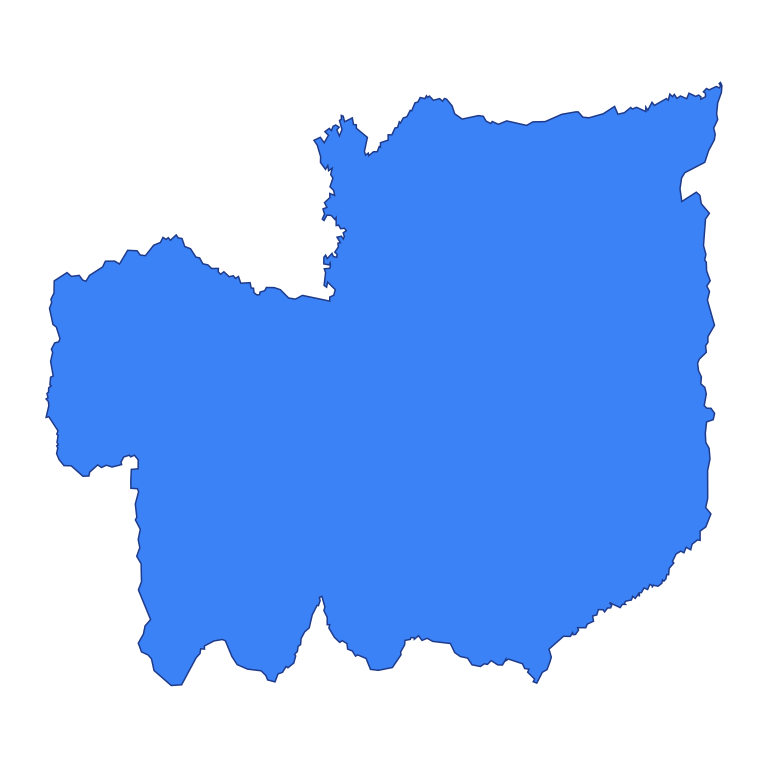 Si Thep, Phetchabun, Thailand
{"feature_id": "78962969B52356787217870", "entity_name": "Si Thep", "entity_type": "district", "adm_level": 2, "iso_a3": "THA", "parent_name": "Thailand", "parent_adm1": "Phetchabun", "projection": "equal_earth", "projection_center": [101.094, 15.447], "detail": "fine", "context": "isolated", "style": "filled", "palette": "blue", "viewbox_px": 768, "rotation_deg": 0, "n_neighbors": 0, "source": "geoboundaries", "source_scale": "gbopen_adm2", "svg_char_len": 6041}
<svg xmlns="http://www.w3.org/2000/svg" viewBox="0 0 768 768"><path d="M700.1,540.4L700.1,531.1L705.8,526.9L710.9,513.9L705.7,507.6L707.7,498.4L707.6,470.6L710.0,459.0L709.1,448.3L705.8,442.5L705.3,433.3L706.6,421.9L713.2,419.7L714.6,413.4L711.0,408.3L706.8,408.2L704.2,405.6L706.3,393.9L704.8,387.4L700.8,383.8L701.4,377.0L698.5,370.7L697.6,363.1L699.3,359.1L706.3,352.3L705.6,345.6L707.9,342.4L707.9,336.7L714.5,325.3L707.4,300.1L709.5,291.5L706.8,286.1L710.2,280.8L706.6,270.9L706.3,262.1L704.7,260.2L705.9,254.4L703.5,245.5L705.5,219.0L709.4,213.3L701.3,203.8L699.9,195.4L696.3,192.2L681.8,201.5L680.0,188.8L681.6,178.0L684.8,172.7L704.8,162.3L708.6,150.6L714.3,139.9L715.2,134.4L713.7,128.0L717.7,119.6L716.6,113.9L717.7,102.9L721.4,92.4L721.9,85.6L720.5,82.5L719.2,83.5L720.6,86.0L719.4,87.9L716.3,86.5L709.1,89.9L706.5,88.5L703.4,91.8L705.4,93.3L705.5,96.7L700.8,99.2L700.9,96.8L698.6,95.1L695.7,96.4L689.0,93.2L686.7,98.7L680.5,96.0L676.9,98.4L674.3,94.4L672.4,96.7L669.9,94.1L668.2,100.2L666.4,98.6L654.4,105.4L652.0,102.3L647.8,110.2L645.8,107.1L645.8,111.5L636.5,107.3L632.4,109.0L630.7,107.5L624.4,112.7L617.9,114.2L614.6,106.4L603.2,113.8L589.0,117.8L582.9,117.2L578.2,111.9L575.6,111.9L561.8,114.3L545.2,121.6L532.8,121.9L526.6,125.4L506.7,120.9L498.4,124.3L492.2,121.5L490.7,123.5L486.0,121.0L483.3,116.3L478.4,115.6L462.2,119.1L454.7,113.8L452.1,105.9L446.6,99.2L444.5,98.5L442.5,101.2L439.6,98.6L433.4,100.3L429.4,96.1L427.5,97.4L426.4,95.8L424.9,98.6L420.2,97.5L417.9,102.0L415.0,102.8L411.7,110.8L410.2,110.4L406.9,116.8L403.3,117.9L400.5,123.0L399.3,121.8L397.6,127.4L395.0,128.0L391.9,134.8L388.1,134.8L388.2,140.1L380.5,142.7L380.4,147.1L379.2,146.6L377.3,151.7L373.4,151.8L368.8,155.7L368.3,153.1L365.6,155.1L364.4,151.5L367.4,137.4L356.4,128.3L356.3,124.8L353.5,124.5L352.3,117.9L344.6,121.7L343.2,116.2L341.3,115.4L341.4,119.4L339.5,120.4L342.0,129.5L339.4,136.0L336.8,130.0L339.1,127.2L335.7,125.0L333.1,126.3L331.4,130.6L329.3,128.4L324.9,131.7L328.5,135.2L324.2,142.8L320.3,137.3L314.0,140.3L317.3,145.3L320.6,156.5L320.5,162.5L325.5,169.4L327.8,165.6L328.6,170.7L332.2,168.2L330.7,174.6L332.9,178.1L330.0,186.8L333.7,190.5L334.6,195.4L329.8,193.5L329.9,197.6L324.5,202.6L326.9,207.4L323.0,208.9L324.5,214.1L322.3,219.1L324.0,220.5L327.0,215.1L331.3,215.5L334.9,219.5L336.1,217.7L336.2,225.6L338.6,225.1L340.6,228.7L344.5,228.3L346.3,230.7L343.2,232.9L344.3,236.5L343.2,239.0L341.4,236.2L337.0,237.2L340.4,242.7L337.9,243.2L338.4,246.9L334.8,252.2L337.1,254.2L336.7,257.3L333.3,256.5L332.0,253.4L327.3,258.6L325.6,255.1L323.9,257.2L323.8,263.9L329.1,264.9L330.1,262.9L330.5,265.7L329.7,268.3L324.3,268.8L325.6,272.6L324.1,285.4L326.6,287.2L327.6,282.1L335.3,289.7L333.7,295.3L329.8,297.0L329.7,301.1L302.5,295.4L295.4,299.1L288.6,298.0L280.4,289.7L274.2,287.6L266.4,287.5L264.7,290.7L260.0,292.1L259.6,294.7L256.8,294.9L254.0,292.6L253.5,288.2L251.2,288.1L250.1,282.7L240.7,283.2L238.5,276.5L235.5,278.4L233.3,275.8L229.2,276.7L223.9,271.8L220.5,274.3L218.2,271.7L218.4,268.4L211.6,268.5L207.9,264.9L202.9,263.8L199.6,257.9L195.9,257.1L190.5,248.7L184.7,246.5L182.0,238.5L178.2,237.9L176.2,234.9L170.4,240.3L168.3,237.7L166.0,239.4L163.0,237.4L160.4,242.5L153.7,245.2L145.4,255.7L140.2,255.0L137.1,250.8L127.7,250.3L119.5,264.0L114.6,261.1L105.4,261.2L102.6,267.0L89.5,275.4L86.0,281.2L82.7,280.1L79.2,275.4L71.4,276.4L67.0,272.6L54.2,280.9L54.0,293.1L50.9,299.3L51.7,302.5L49.5,308.3L53.0,324.5L56.3,327.0L60.0,338.7L58.7,341.8L54.7,342.9L51.4,349.2L52.7,352.3L50.6,361.4L53.2,376.0L50.6,377.2L49.9,384.8L51.3,385.9L48.7,387.7L48.5,392.2L47.0,393.4L48.0,397.8L46.1,399.0L48.4,401.5L48.8,405.8L46.1,417.4L48.8,416.7L58.0,430.8L56.8,434.2L58.1,435.4L57.0,442.4L58.2,444.8L56.7,445.8L57.8,447.9L56.6,453.6L59.1,459.6L64.0,465.6L71.2,465.8L82.9,476.2L88.9,476.0L89.6,472.2L97.7,464.9L101.5,467.5L106.4,465.2L112.0,467.0L121.6,464.6L121.0,462.1L123.7,457.0L129.3,455.2L130.7,456.9L134.4,455.2L138.2,459.8L138.1,468.8L131.3,469.4L130.8,481.3L130.9,488.3L137.4,488.7L138.6,491.7L135.3,504.0L136.8,517.2L135.4,519.9L140.3,529.3L138.2,539.6L139.8,547.6L136.7,556.3L141.1,563.7L141.5,581.7L138.4,589.9L150.6,619.6L145.1,625.8L143.4,634.1L138.3,643.1L141.5,651.9L148.0,654.9L151.5,658.9L154.0,670.5L171.2,685.5L181.6,684.8L196.1,657.8L200.0,653.5L200.7,648.8L204.5,649.1L204.4,646.0L214.0,640.9L222.4,639.5L225.4,640.8L231.9,656.5L237.2,664.6L247.5,669.1L261.1,670.8L265.8,675.4L267.6,679.9L275.0,681.9L278.0,673.9L282.5,672.3L286.1,666.5L287.9,667.8L293.8,663.0L295.7,655.9L294.6,654.4L297.4,651.4L298.1,646.3L300.6,644.6L301.1,638.5L304.7,631.8L309.2,627.9L312.2,615.0L317.0,605.4L318.4,605.6L320.1,600.7L319.4,597.4L321.9,596.4L324.9,607.0L323.9,610.6L327.2,617.3L327.2,624.7L329.7,624.7L328.9,628.0L334.4,637.3L339.7,642.4L342.2,640.7L347.0,643.6L347.6,649.1L352.3,651.0L355.5,656.1L357.7,654.9L366.1,658.5L370.5,669.4L378.5,670.3L392.4,667.5L401.0,654.8L400.6,652.0L404.6,644.9L405.0,640.4L410.3,639.4L410.9,637.6L414.1,637.7L414.3,639.3L418.5,635.7L422.0,640.4L427.2,638.3L432.7,641.4L450.4,643.5L454.7,652.5L460.3,656.5L467.6,658.1L472.0,664.8L480.4,666.5L484.3,663.8L487.4,664.4L491.2,660.6L497.8,664.9L502.5,665.0L505.9,659.1L506.0,660.6L508.5,659.1L522.4,663.7L524.7,668.5L528.9,669.2L527.7,672.2L534.6,679.1L533.2,681.7L536.8,683.1L542.3,672.3L547.0,669.6L549.9,662.0L551.3,657.1L549.0,649.1L563.5,636.3L570.4,636.4L572.6,632.6L573.2,634.7L575.5,634.4L578.6,630.1L577.6,627.7L585.8,627.7L587.3,624.1L593.5,621.2L592.6,616.0L596.8,614.9L598.3,609.6L602.9,609.7L604.6,611.9L607.6,608.0L610.6,607.9L611.7,605.5L609.5,602.6L620.2,607.6L622.3,604.4L625.4,604.4L624.3,603.4L625.6,601.2L631.4,600.0L632.7,596.3L635.2,598.4L638.2,594.2L639.5,596.4L639.2,592.8L641.4,592.6L644.0,588.0L647.6,589.5L649.8,584.4L652.3,585.7L652.2,587.5L653.2,585.2L658.0,586.2L661.8,583.3L662.5,580.0L663.9,581.1L665.8,579.1L666.8,574.5L668.6,574.7L669.2,568.3L673.8,563.0L672.5,561.5L676.0,554.0L680.9,551.1L683.9,552.8L686.2,547.3L690.7,549.8L692.1,544.2L697.5,539.9L700.1,540.4Z" fill="#3b82f6" stroke="#1e3a8a" stroke-width="1.5"/></svg>